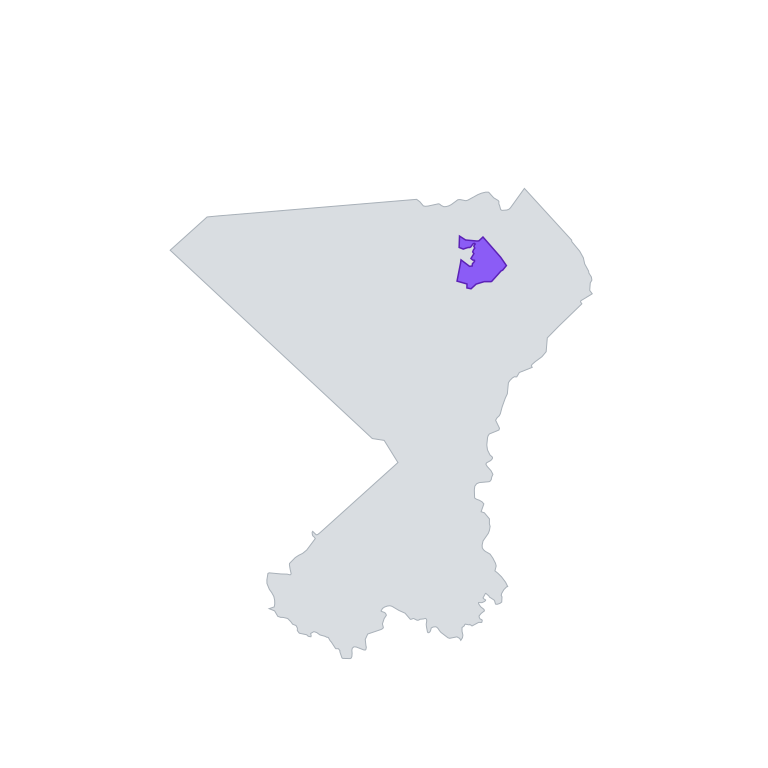 Kidal, Kidal, Mali (highlighted), rotated 318°
{"feature_id": "8926073B1219027063836", "entity_name": "Kidal", "entity_type": "district", "adm_level": 2, "iso_a3": "MLI", "parent_name": "Mali", "parent_adm1": "Kidal", "projection": "robinson", "projection_center": [1.27, 18.544], "detail": "fine", "context": "in_parent", "style": "filled", "palette": "violet", "viewbox_px": 768, "rotation_deg": 318, "n_neighbors": 0, "source": "geoboundaries", "source_scale": "gbopen_adm2", "svg_char_len": 4349}
<svg xmlns="http://www.w3.org/2000/svg" viewBox="0 0 768 768"><g transform="rotate(318 384 384)"><path d="M172.8,552.7L173.0,550.2L171.1,548.5L171.1,547.6L172.2,540.5L172.2,538.7L173.0,535.1L171.8,533.5L171.5,532.3L168.5,527.6L167.7,523.7L166.2,521.1L162.6,520.3L161.3,522.5L160.5,522.9L159.2,521.3L158.7,519.9L158.8,518.7L154.3,512.5L154.6,509.2L156.3,507.5L157.0,504.6L155.4,501.4L155.7,498.2L155.5,493.8L152.9,490.0L151.1,488.3L149.6,485.6L150.9,479.4L148.3,474.1L153.3,476.2L155.7,474.3L158.0,471.6L160.0,468.1L161.0,463.7L161.4,459.9L163.5,454.0L165.9,451.2L171.0,447.1L172.3,447.5L180.3,456.2L184.9,460.6L186.5,463.0L188.0,463.0L190.4,458.7L192.8,455.0L193.8,454.1L202.0,453.6L206.2,454.3L210.0,455.4L215.4,455.7L229.5,452.9L229.7,451.2L229.5,449.1L230.2,447.6L231.4,446.1L232.4,445.8L232.7,450.7L233.9,451.5L237.2,451.7L341.8,451.7L346.4,426.0L338.8,416.7L314.6,141.5L364.3,141.5L372.8,147.8L531.8,268.6L532.6,272.6L532.4,277.9L533.6,279.6L535.9,281.3L545.0,286.5L545.7,287.5L546.0,289.7L547.1,292.3L549.0,293.8L551.2,294.9L554.0,295.7L562.2,296.5L563.9,297.8L567.5,302.6L569.4,303.5L580.5,306.1L584.1,307.4L588.0,309.5L590.1,311.5L590.1,319.0L591.6,323.9L591.6,325.1L589.8,327.1L589.4,328.5L587.4,332.4L587.8,333.9L591.7,336.9L593.6,337.7L595.8,337.7L619.2,332.6L619.7,402.7L618.8,403.8L618.3,416.2L616.6,423.6L613.5,429.0L611.6,437.0L610.5,438.6L609.7,443.2L608.0,445.9L604.9,446.9L599.5,452.1L599.1,456.3L586.4,453.9L585.5,454.0L585.0,454.6L584.7,456.8L552.1,458.0L536.2,459.0L526.1,468.5L519.6,469.4L511.4,468.6L507.2,468.5L505.6,469.1L505.3,470.8L492.3,466.0L487.5,467.5L486.7,467.0L486.1,466.0L483.7,465.4L480.0,465.6L477.3,466.3L469.1,473.8L464.6,475.7L456.4,480.1L450.6,483.9L448.5,484.7L445.3,484.8L442.7,485.6L440.2,494.2L438.6,495.1L428.8,491.6L426.8,492.1L425.1,493.1L419.6,498.1L416.8,502.2L415.3,507.5L415.6,511.0L414.6,512.0L412.1,512.3L407.5,511.2L406.1,511.7L405.5,514.3L405.5,520.1L404.5,524.0L401.8,525.2L399.7,526.8L398.0,527.2L396.7,526.9L388.8,521.0L386.1,520.1L383.1,520.7L380.2,523.2L375.1,529.3L375.6,531.5L377.0,534.0L378.0,537.1L378.0,539.9L370.7,543.9L372.4,546.9L372.1,554.8L368.7,558.5L367.6,560.8L364.3,563.4L361.5,564.8L352.6,566.9L349.1,569.4L347.4,571.5L347.0,573.7L347.3,576.2L349.0,581.4L348.4,586.2L346.9,591.8L345.6,594.3L341.4,597.1L342.0,600.8L342.3,606.0L341.7,612.7L340.4,617.3L339.4,616.8L335.5,617.0L331.2,618.4L329.6,619.6L329.3,621.1L325.6,624.8L323.3,624.6L321.0,623.6L319.8,622.6L319.7,622.0L321.1,619.1L321.2,618.1L319.8,612.9L320.1,611.7L319.6,607.7L319.3,607.5L314.5,609.2L314.3,610.0L315.0,612.5L314.5,612.9L312.9,612.8L310.5,612.0L308.0,609.7L307.3,610.5L307.0,612.3L306.8,614.4L307.5,618.4L306.8,619.8L302.7,619.5L299.4,620.0L298.5,621.4L298.2,622.9L299.0,624.7L298.8,625.4L297.4,626.5L296.8,626.4L294.9,624.5L287.5,622.7L286.9,620.1L286.1,620.0L283.7,616.8L282.7,616.9L281.9,617.4L279.0,617.2L276.5,620.0L274.6,623.4L272.5,625.1L269.5,625.9L270.0,623.7L269.0,620.7L262.6,616.9L261.7,615.3L260.1,606.7L260.2,604.2L260.6,601.9L260.5,600.1L259.8,598.8L257.9,597.5L255.9,596.9L253.3,598.6L252.1,598.9L250.9,598.8L250.3,598.2L250.4,597.3L253.2,592.7L254.6,590.8L257.3,588.6L258.1,587.4L258.1,586.5L257.9,585.9L256.1,585.0L253.3,582.9L251.8,582.7L250.5,581.7L249.2,578.3L248.6,577.7L247.3,577.3L246.1,576.5L246.3,568.4L243.6,562.3L241.2,554.6L240.0,552.7L237.8,551.2L235.1,550.1L232.7,549.8L229.9,550.7L230.0,551.4L231.4,553.9L231.7,555.3L231.4,556.6L230.9,557.5L227.2,558.4L222.3,561.2L220.6,564.5L219.5,564.9L217.6,564.5L204.6,558.9L199.1,561.3L195.6,566.2L194.7,567.8L193.0,569.1L192.1,569.2L191.1,568.2L187.4,560.9L185.8,559.2L183.7,559.1L182.0,560.3L180.1,562.8L177.8,565.0L176.3,565.7L175.1,565.4L169.8,560.4L169.5,559.4L172.0,553.5L172.8,552.7Z" fill="#d9dde1" stroke="#a8b0b8" stroke-width="1"/><path d="M532.7,379.8L546.7,378.3L548.4,378.8L554.2,377.9L555.5,368.0L555.9,341.0L550.3,341.1L548.8,340.0L541.0,331.6L539.1,324.6L531.2,332.8L533.2,336.8L536.3,338.1L537.8,338.8L538.9,339.8L540.1,340.2L542.0,339.8L544.3,339.4L545.4,340.1L545.4,341.0L543.0,341.6L542.4,343.7L540.2,344.2L538.3,345.2L538.0,347.3L532.6,348.9L532.9,351.3L534.0,352.6L533.5,353.3L532.2,353.6L530.2,353.8L528.5,355.3L526.3,353.8L524.3,343.3L521.5,345.6L507.1,356.4L512.6,365.2L509.9,368.1L512.4,371.5L519.3,371.4L527.0,375.0L532.0,379.5L532.7,379.8Z" fill="#8b5cf6" stroke="#5b21b6" stroke-width="1.5"/></g></svg>